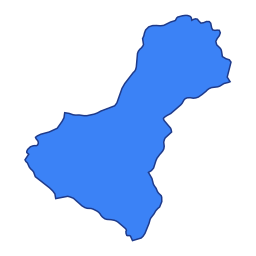 outline of Dhawalagiri
{"feature_id": "NPL-1125", "entity_name": "Dhawalagiri", "entity_type": "Administrative Zone", "adm_level": 1, "iso_a3": "NPL", "parent_name": "Nepal", "parent_adm1": "", "projection": "mercator", "projection_center": [83.63, 28.648], "detail": "fine", "context": "isolated", "style": "filled", "palette": "blue", "viewbox_px": 256, "rotation_deg": 0, "n_neighbors": 0, "source": "natural_earth", "source_scale": "10m", "svg_char_len": 2353}
<svg xmlns="http://www.w3.org/2000/svg" viewBox="0 0 256 256"><path d="M187.1,15.4L189.0,15.9L190.5,16.6L191.4,18.0L191.8,20.3L193.7,19.3L195.6,18.8L197.4,19.2L198.8,21.0L200.9,23.1L203.6,22.7L206.5,21.5L209.3,21.6L210.7,23.2L211.7,28.0L212.7,29.9L214.8,30.4L217.3,30.1L219.3,30.3L220.3,32.8L219.3,35.7L217.2,38.5L215.8,41.4L216.7,44.8L220.1,48.1L221.0,49.4L221.5,51.0L222.4,56.6L225.9,58.7L229.3,59.8L231.0,62.1L227.2,77.1L230.1,81.7L228.7,82.3L224.0,83.5L219.8,86.1L217.8,86.8L211.4,87.6L209.1,88.6L207.3,89.9L206.2,91.1L202.3,94.3L198.3,97.1L195.8,97.9L193.3,98.2L190.3,97.7L187.3,97.8L185.3,98.6L184.0,99.9L182.1,103.3L180.6,105.0L170.8,113.5L167.0,115.5L164.9,116.9L163.7,118.0L163.4,118.8L164.1,120.5L170.6,128.2L171.1,129.5L171.6,132.0L165.2,137.9L164.4,139.5L163.7,142.1L164.2,146.3L163.8,148.9L162.6,151.1L160.4,153.8L160.0,154.1L157.0,158.2L155.9,160.7L153.6,168.0L152.2,169.7L151.1,170.8L148.4,172.4L151.9,178.4L153.4,184.2L154.5,186.1L156.1,188.3L157.4,191.5L158.5,193.1L161.2,195.7L161.7,197.2L161.8,201.6L159.6,207.0L157.8,208.5L155.8,210.7L153.9,214.0L150.8,218.0L150.1,219.4L149.0,223.4L145.0,233.3L143.1,236.2L141.2,238.0L132.5,240.6L130.4,236.0L129.1,235.5L127.9,235.7L126.8,235.4L126.1,233.6L125.9,231.6L126.4,230.6L126.1,229.3L125.2,228.3L118.0,222.1L116.4,221.1L114.4,220.3L111.2,219.7L106.9,219.4L104.8,218.8L102.4,217.0L101.0,215.4L99.9,213.6L98.6,212.2L96.7,210.9L93.3,209.2L91.2,208.5L87.2,208.3L84.9,207.6L81.9,205.8L73.5,198.3L70.3,197.0L67.7,196.3L55.7,198.6L54.9,193.9L52.9,191.1L49.5,187.8L35.3,176.7L33.6,172.0L32.5,170.6L30.5,168.7L29.3,167.1L27.4,162.9L25.9,161.5L25.0,159.8L28.7,154.2L26.8,152.6L26.8,151.2L27.7,149.4L30.4,146.8L32.8,145.9L34.6,145.6L36.3,145.7L37.5,145.1L38.3,143.4L38.2,141.9L37.7,140.7L36.0,138.6L35.5,137.3L37.3,135.9L40.9,134.2L49.1,132.0L57.2,128.3L62.2,121.2L64.0,117.7L64.7,112.7L69.1,113.4L73.2,114.8L75.6,115.1L79.2,115.0L84.1,115.7L86.9,115.7L94.3,114.1L97.5,112.9L101.0,111.0L114.7,105.8L116.9,102.9L122.0,88.4L124.8,83.5L133.3,72.5L134.6,71.3L135.6,69.6L136.3,67.0L137.5,53.4L138.3,51.3L139.8,49.3L141.5,47.8L142.9,45.9L143.5,44.6L142.6,38.5L142.7,38.4L143.8,35.9L144.5,32.9L145.6,30.0L148.7,26.9L152.5,25.6L156.4,25.5L160.3,25.8L163.7,25.4L170.6,22.0L174.2,20.9L175.4,20.4L176.7,18.0L177.6,17.1L182.3,15.8L185.2,15.4L187.1,15.4Z" fill="#3b82f6" stroke="#1e3a8a" stroke-width="1.5"/></svg>